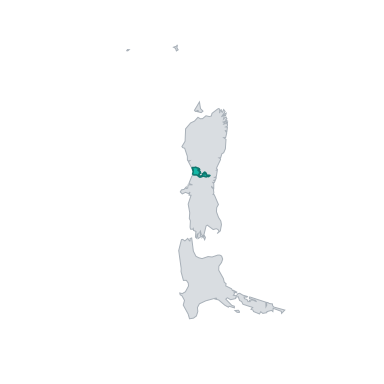 Timaru District, Canterbury, New Zealand (highlighted), rotated 140°
{"feature_id": "76426892B42496743885166", "entity_name": "Timaru District", "entity_type": "district", "adm_level": 2, "iso_a3": "NZL", "parent_name": "New Zealand", "parent_adm1": "Canterbury", "projection": "natural_earth1", "projection_center": [171.008, -43.976], "detail": "fine", "context": "in_parent", "style": "filled", "palette": "teal", "viewbox_px": 384, "rotation_deg": 140, "n_neighbors": 0, "source": "geoboundaries", "source_scale": "gbopen_adm2", "svg_char_len": 6841}
<svg xmlns="http://www.w3.org/2000/svg" viewBox="0 0 384 384"><g transform="rotate(140 192 192)"><path d="M201.6,156.8L203.1,156.9L209.9,151.9L212.7,150.8L213.5,150.7L211.9,152.2L212.3,153.3L210.7,156.7L212.0,156.1L212.8,153.8L213.7,153.3L213.4,152.0L217.4,152.4L216.0,154.8L213.9,156.2L215.2,156.3L218.3,153.8L218.3,155.3L214.3,159.3L215.5,161.5L214.4,163.3L215.6,163.1L217.0,164.5L216.1,166.3L211.7,171.0L211.1,173.4L207.1,177.5L202.7,185.2L194.8,190.1L196.3,191.5L193.5,193.3L195.7,193.0L197.2,195.9L200.7,196.8L200.9,199.6L198.7,200.4L196.4,199.1L193.2,199.6L194.2,198.4L192.9,197.7L190.4,200.0L187.0,197.2L188.9,200.5L182.0,204.2L179.2,204.5L178.2,206.5L176.5,206.6L177.5,207.2L175.3,217.4L173.4,217.4L175.1,218.5L174.9,219.5L172.6,222.4L169.5,230.2L170.6,232.0L170.5,233.3L164.7,235.3L156.3,244.5L148.7,245.8L144.4,244.7L139.4,245.4L138.6,242.8L136.8,241.4L132.3,241.4L130.2,238.6L128.3,237.8L126.1,239.4L119.1,239.1L117.8,238.7L117.6,237.6L120.2,234.7L117.8,236.3L116.7,236.1L117.7,234.8L117.6,233.6L114.7,234.8L114.9,232.3L121.2,230.6L118.7,230.4L118.5,229.5L121.0,227.6L117.7,227.8L118.2,225.6L120.1,225.6L119.4,224.0L123.2,225.6L122.6,224.1L124.1,223.6L121.5,222.5L121.4,220.9L122.7,219.7L124.4,220.2L123.3,218.8L126.3,216.0L127.1,218.1L127.3,215.0L131.2,212.1L132.8,213.3L132.1,210.5L138.7,203.6L142.5,201.7L144.5,202.1L147.9,199.9L149.4,200.8L148.8,199.2L149.3,198.5L158.0,194.5L158.0,193.2L159.0,193.0L158.3,192.7L163.3,188.3L165.4,188.6L164.2,187.3L166.2,186.2L168.2,187.1L167.1,185.7L168.9,184.9L169.9,186.0L170.0,184.3L173.0,180.8L173.5,183.6L173.9,183.2L173.7,180.5L175.9,177.2L177.5,176.5L176.7,175.6L179.8,165.4L183.1,164.2L186.0,161.1L188.0,155.5L188.6,151.2L190.4,148.1L195.3,144.0L199.4,144.0L196.5,144.5L196.2,146.5L197.0,148.3L199.9,149.6L201.6,156.8ZM200.3,43.2L204.6,50.7L206.9,48.4L207.2,50.2L211.5,52.2L212.3,51.5L215.8,53.5L216.3,56.1L218.7,55.2L221.7,60.9L221.2,62.3L222.2,64.3L219.7,64.5L225.1,73.2L224.4,76.2L225.3,78.3L223.9,82.1L226.2,83.3L227.0,82.3L231.7,84.7L232.9,88.3L235.0,88.2L234.4,79.6L233.0,77.3L234.0,76.0L237.0,80.6L238.2,80.4L239.6,84.1L241.0,92.2L242.8,94.7L241.8,94.3L241.6,95.0L242.5,95.7L251.4,99.8L258.2,101.6L262.1,100.0L264.4,96.7L268.3,94.2L271.9,94.4L275.4,96.5L273.4,101.0L271.4,111.0L267.4,113.8L266.4,118.9L267.1,120.9L266.3,122.5L264.7,120.4L261.2,119.8L255.1,122.2L253.4,124.7L253.1,127.9L255.4,129.8L251.6,138.0L249.5,140.3L239.8,155.7L230.7,162.3L229.6,161.7L228.9,159.1L225.1,159.2L225.4,156.2L224.9,155.8L223.4,157.6L221.8,157.0L229.0,145.8L230.3,140.2L229.1,137.3L227.1,134.5L221.2,132.2L218.4,129.3L212.8,127.1L211.2,125.7L210.5,123.9L211.6,120.9L214.7,119.0L219.1,117.9L221.8,114.9L223.6,105.5L225.3,102.1L224.8,99.9L226.5,98.4L223.9,92.4L224.4,90.5L223.6,90.3L222.0,86.5L223.0,86.3L224.0,88.5L225.0,86.7L226.7,86.3L224.7,83.9L222.3,84.6L220.6,83.8L219.3,80.2L216.7,76.3L217.5,76.1L219.6,78.1L220.4,76.6L219.0,74.3L219.6,72.0L217.9,70.7L217.7,72.2L214.7,70.0L213.1,66.4L213.1,68.3L216.5,73.5L215.5,74.6L214.9,74.0L206.3,60.2L209.2,56.5L207.5,57.2L205.8,59.5L205.0,58.6L204.4,56.8L202.3,54.5L203.3,53.2L203.3,51.3L196.8,41.9L201.4,41.4L200.3,43.2ZM133.9,246.9L136.4,250.3L135.0,250.0L135.1,250.8L137.6,251.5L137.6,253.0L128.4,256.2L131.9,250.4L131.6,246.9L133.9,246.9ZM112.3,312.6L113.1,314.8L110.2,313.7L108.6,314.1L110.9,312.1L111.2,309.8L113.3,310.1L112.3,312.6ZM234.8,70.9L235.3,73.6L232.5,71.6L232.4,70.2L233.2,69.3L234.8,70.9ZM212.3,149.8L210.5,150.8L210.9,148.6L213.0,147.3L212.3,149.8ZM117.9,229.7L117.7,230.9L115.1,230.4L117.1,229.0L117.9,229.7ZM150.5,341.4L151.2,342.2L149.9,342.6L148.6,341.4L150.5,341.4ZM120.8,221.8L121.4,223.8L119.7,222.8L120.8,221.8Z" fill="#d9dde1" stroke="#a8b0b8" stroke-width="1"/><path d="M168.1,193.3L167.9,193.3L168.0,193.5L168.4,193.7L168.5,193.7L168.5,193.8L168.4,193.8L168.5,193.9L168.4,194.0L168.6,194.1L168.6,194.3L168.8,194.5L169.0,194.6L169.3,194.7L169.3,194.8L169.5,194.8L169.8,194.8L169.8,195.0L169.7,195.1L169.7,195.3L169.8,195.4L169.8,195.5L170.0,195.7L170.0,195.8L169.9,195.8L169.8,196.0L169.6,196.3L169.6,196.5L169.4,196.7L169.5,196.8L169.3,197.0L169.2,197.4L169.2,197.5L169.3,197.6L169.3,197.8L169.2,197.9L169.4,198.1L169.4,198.3L169.5,198.3L169.7,198.2L169.7,198.3L169.8,198.2L169.9,198.3L169.9,198.5L169.7,198.7L169.7,198.9L169.6,199.0L169.8,199.1L170.1,199.2L170.3,199.2L170.3,198.9L170.5,198.8L170.5,198.7L170.8,198.6L171.0,198.4L171.0,198.5L171.3,198.5L171.4,198.8L171.5,199.0L171.8,199.1L171.9,198.9L172.1,199.0L172.3,199.0L172.3,198.8L172.2,198.8L172.2,198.7L172.4,198.6L172.6,198.6L173.0,198.4L173.3,198.1L173.5,198.0L173.8,198.1L174.0,198.2L174.3,198.0L174.5,198.1L174.6,198.3L174.8,198.5L175.1,198.6L175.3,198.7L175.2,198.8L175.3,198.9L175.4,199.0L175.6,199.0L175.8,199.3L176.0,199.5L176.3,199.7L176.3,199.8L176.2,199.9L176.2,200.0L176.3,200.3L176.2,200.4L176.3,200.5L176.2,200.5L176.0,200.4L175.9,200.4L175.6,200.5L175.7,200.8L175.8,200.9L175.7,201.0L175.4,201.1L175.2,201.1L174.9,201.1L174.7,201.1L174.5,201.4L174.5,201.5L174.4,201.6L174.2,201.5L173.8,201.5L173.5,201.3L173.6,201.2L173.4,201.1L173.3,200.9L173.2,200.9L173.2,201.2L173.3,201.3L173.2,201.5L173.3,201.6L173.1,201.6L173.0,201.8L172.9,201.9L172.9,202.0L173.0,202.0L172.9,202.1L172.7,202.3L172.8,202.4L173.0,202.5L172.9,202.6L173.0,202.8L173.1,203.1L172.9,203.3L173.0,203.3L173.1,203.5L173.1,203.8L173.1,204.0L173.3,204.3L173.4,204.5L173.3,204.8L173.3,205.0L173.1,205.1L172.9,205.0L172.6,205.0L172.4,204.9L172.2,204.9L172.2,204.7L171.9,204.7L171.7,204.5L171.6,204.8L171.5,205.2L171.6,205.3L171.7,205.7L171.8,205.8L171.8,206.0L172.0,206.3L172.0,206.6L172.3,206.8L172.4,207.0L172.5,207.0L172.7,207.3L172.7,207.5L172.8,207.6L172.8,207.8L172.9,208.0L173.1,208.4L173.2,208.5L173.4,208.8L173.5,208.8L173.8,208.8L174.0,209.0L174.3,209.2L174.6,209.4L174.9,209.5L175.2,209.8L175.3,210.0L175.6,210.3L176.2,210.5L176.4,210.1L176.7,209.7L176.8,209.6L176.8,209.4L176.7,209.4L176.9,209.1L176.8,208.9L176.9,208.7L176.7,208.8L176.7,208.7L176.8,208.6L176.7,208.6L176.7,208.4L176.9,208.1L177.7,207.2L178.0,206.9L178.9,206.1L179.4,205.8L180.0,205.4L179.9,205.1L179.9,204.5L179.7,204.1L179.6,203.9L179.4,203.7L179.2,203.6L178.8,203.1L178.7,203.1L178.3,202.8L177.8,202.5L177.6,202.2L177.4,202.0L177.3,201.7L177.3,201.4L177.2,201.2L177.0,200.8L177.0,200.6L177.0,200.4L176.8,200.1L176.9,199.9L176.8,199.7L176.8,199.4L176.8,199.2L176.7,198.9L176.7,198.7L176.5,198.4L176.4,198.3L176.3,198.2L176.2,198.2L175.9,198.0L175.8,197.9L175.7,197.8L175.4,197.9L175.1,197.7L174.9,197.7L174.7,197.4L174.2,197.3L173.7,197.2L173.3,196.9L173.0,196.7L172.9,196.6L172.6,196.1L172.4,196.0L172.4,195.9L172.2,195.6L172.1,195.3L171.8,194.9L171.4,194.4L171.1,194.3L170.7,194.2L170.4,194.2L170.2,194.1L169.9,193.7L169.6,193.5L169.5,193.4L169.5,193.2L169.3,193.1L169.2,193.1L168.7,193.3L168.4,193.1L168.3,193.3L168.1,193.3L168.1,193.3Z" fill="#14b8a6" stroke="#0f766e" stroke-width="1.5"/></g></svg>